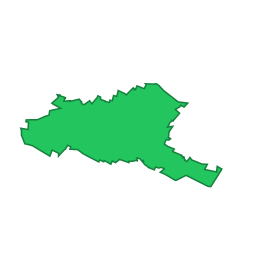 Doctor Arroyo, Nuevo León, Mexico (Robinson projection), rotated 288°
{"feature_id": "50627088B71309560932065", "entity_name": "Doctor Arroyo", "entity_type": "district", "adm_level": 2, "iso_a3": "MEX", "parent_name": "Mexico", "parent_adm1": "Nuevo León", "projection": "robinson", "projection_center": [-100.316, 23.81], "detail": "fine", "context": "isolated", "style": "filled", "palette": "green", "viewbox_px": 256, "rotation_deg": 288, "n_neighbors": 0, "source": "geoboundaries", "source_scale": "gbopen_adm2", "svg_char_len": 4356}
<svg xmlns="http://www.w3.org/2000/svg" viewBox="0 0 256 256"><g transform="rotate(288 128 128)"><path d="M170.1,177.2L169.9,175.9L168.8,170.4L168.3,167.8L169.7,163.9L170.2,162.5L171.3,159.5L174.4,150.8L176.7,146.5L177.8,144.7L178.9,141.5L177.5,138.2L176.7,135.3L176.5,134.7L175.5,131.1L175.2,131.8L170.5,131.4L170.5,130.0L170.6,128.0L170.7,126.9L170.8,124.8L170.8,123.5L170.7,123.5L166.8,123.2L166.4,122.0L167.2,122.1L167.8,120.5L159.9,116.6L158.9,116.1L159.1,115.6L159.7,114.6L160.4,108.7L160.6,107.1L159.8,107.2L158.4,107.3L156.2,107.4L154.6,107.5L154.5,106.1L154.4,104.2L153.9,104.3L151.9,104.4L149.1,104.7L148.9,102.2L146.6,102.4L146.4,100.5L146.2,97.9L146.6,97.9L146.7,93.1L148.9,92.4L149.3,89.4L147.6,89.3L140.2,86.3L139.8,86.1L142.1,83.1L141.3,82.5L136.7,79.1L136.7,77.0L138.3,75.2L138.6,75.6L138.9,75.0L138.6,74.8L139.6,73.8L140.0,73.3L140.4,72.8L135.4,64.5L136.1,64.5L133.7,58.7L136.4,58.7L136.7,59.3L137.6,59.1L137.6,56.5L137.6,56.4L137.6,53.3L137.6,53.1L137.8,53.2L138.1,53.3L138.3,53.3L138.3,53.0L138.2,53.0L138.2,52.9L138.1,52.4L138.0,52.1L138.0,51.5L137.9,51.5L137.8,51.1L137.7,51.1L137.7,50.4L135.7,52.4L128.1,47.9L127.6,49.2L125.9,57.9L123.2,53.1L122.7,52.3L121.8,50.7L121.2,49.8L120.2,48.2L115.7,48.9L113.5,45.6L109.9,41.6L109.1,40.7L108.5,40.0L108.0,39.4L107.4,37.9L105.8,33.0L105.6,32.6L105.3,31.6L105.2,31.3L105.1,31.2L105.0,30.8L104.9,30.6L104.7,30.0L104.6,29.7L104.3,28.7L103.7,28.8L102.4,28.9L102.7,31.6L99.2,32.5L98.4,32.7L98.0,32.8L95.7,33.4L94.6,26.1L92.2,27.6L90.4,28.2L90.2,28.2L89.7,28.4L88.2,28.9L86.3,30.5L81.1,34.8L81.5,39.2L81.6,43.0L79.6,51.3L77.1,62.4L79.4,62.5L83.6,62.7L83.0,66.5L82.5,69.9L81.0,70.3L79.8,70.6L83.1,72.1L87.5,74.2L88.4,74.6L88.5,75.0L92.9,76.0L92.5,79.3L89.9,79.3L90.2,80.4L90.5,81.4L90.7,82.5L91.1,83.9L91.9,86.7L91.6,87.6L91.0,89.4L90.9,89.8L89.8,92.7L89.5,93.9L88.5,99.8L88.2,101.5L87.0,108.8L86.7,110.7L87.2,110.7L87.9,110.8L88.8,111.0L88.7,112.5L88.4,115.4L89.7,115.6L89.3,117.9L89.0,119.1L88.6,121.1L88.3,122.9L88.8,122.9L91.7,123.3L91.6,124.1L91.2,126.7L91.2,126.9L95.5,129.7L95.4,136.7L95.4,139.5L96.4,139.0L98.6,144.2L99.5,145.2L99.7,146.3L99.6,146.9L99.7,147.0L99.8,147.0L99.7,147.0L99.7,146.8L99.8,146.8L99.8,146.7L99.9,146.9L99.9,147.0L100.0,147.0L100.3,147.0L100.3,146.8L100.2,146.6L100.3,146.6L100.3,146.1L100.9,146.0L101.5,145.9L101.8,145.9L102.3,145.8L102.5,148.8L102.0,149.5L101.3,150.7L100.8,151.5L101.9,152.2L101.3,153.1L100.1,152.6L99.6,153.4L99.1,154.2L98.9,154.6L98.2,155.7L96.9,160.4L96.7,160.2L96.4,164.5L96.3,166.0L99.3,166.2L99.4,167.9L99.5,169.9L100.7,171.5L100.7,174.9L99.9,174.9L95.9,172.3L95.7,174.7L95.4,177.7L92.8,189.2L93.2,190.1L100.9,197.8L100.5,200.9L99.3,208.4L98.6,213.3L97.3,221.8L97.3,222.6L97.8,224.9L100.8,225.7L101.3,225.8L102.1,226.0L104.2,226.5L106.2,227.0L107.9,227.5L110.0,228.0L114.0,229.0L115.4,229.4L116.2,229.6L118.0,229.9L118.7,226.4L119.1,224.7L113.6,225.8L112.2,213.7L118.0,214.7L116.7,209.9L116.6,209.6L117.3,198.9L117.3,198.7L117.7,198.0L118.0,197.6L119.1,196.0L118.3,195.7L117.1,195.3L114.5,194.4L114.4,194.0L114.3,193.7L114.4,193.4L114.5,193.4L114.5,193.2L114.5,192.9L114.7,192.6L114.8,192.2L115.1,192.4L115.3,192.1L115.5,191.9L115.7,191.7L115.8,191.5L116.0,191.2L116.5,190.8L116.5,190.7L116.9,190.6L117.0,190.5L117.5,190.5L117.6,190.4L117.7,190.0L117.5,189.9L117.4,189.8L117.3,189.6L117.4,189.4L117.3,189.2L117.1,189.2L117.3,188.9L117.3,188.7L117.5,188.5L117.6,188.4L117.8,188.4L117.8,188.2L118.0,188.1L118.0,187.9L118.1,187.7L118.4,187.6L118.5,187.5L118.5,187.4L118.8,187.1L118.7,186.8L118.8,185.1L119.4,177.7L122.3,178.5L122.4,176.5L122.4,176.4L122.4,176.2L122.5,175.9L122.5,174.8L122.6,174.5L122.6,174.2L122.6,173.9L122.8,171.4L123.2,170.0L123.7,168.4L123.8,168.0L123.9,167.5L126.8,167.7L128.9,167.9L128.9,170.0L129.6,170.5L129.5,170.8L129.8,171.1L129.8,170.7L131.2,171.5L131.4,169.4L132.1,169.2L132.7,169.1L133.4,169.0L134.1,168.8L134.8,168.7L136.0,168.4L136.4,168.3L137.2,168.3L137.3,168.2L137.4,168.3L138.4,168.6L139.4,168.9L143.5,170.1L143.0,169.1L142.1,167.2L141.1,165.3L141.4,165.4L141.9,165.5L142.5,165.7L143.0,165.7L143.5,165.9L144.2,166.0L145.3,166.1L145.9,166.0L146.7,166.3L147.3,166.9L147.6,167.3L148.3,167.4L148.7,167.4L148.9,167.5L148.5,168.6L158.0,172.5L160.3,167.3L162.1,168.9L162.3,169.1L164.1,170.7L165.9,171.0L165.2,174.8L167.8,176.0L169.8,177.1L170.1,177.2Z" fill="#22c55e" stroke="#15803d" stroke-width="1.5"/></g></svg>